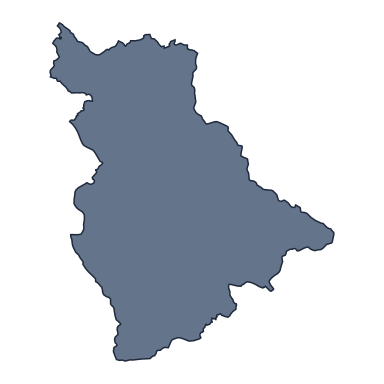 the district of Bao Thang, Lào Cai, Vietnam
{"feature_id": "81297802B25560916681091", "entity_name": "Bao Thang", "entity_type": "district", "adm_level": 2, "iso_a3": "VNM", "parent_name": "Vietnam", "parent_adm1": "Lào Cai", "projection": "orthographic", "projection_center": [104.134, 22.379], "detail": "fine", "context": "isolated", "style": "filled", "palette": "slate", "viewbox_px": 384, "rotation_deg": 0, "n_neighbors": 0, "source": "geoboundaries", "source_scale": "gbopen_adm2", "svg_char_len": 5809}
<svg xmlns="http://www.w3.org/2000/svg" viewBox="0 0 384 384"><path d="M197.6,53.3L194.2,50.7L191.6,49.9L189.6,49.9L188.6,49.1L187.7,49.1L187.4,48.0L187.4,45.1L184.2,45.0L180.4,43.2L176.5,45.0L175.8,45.0L174.5,44.4L174.2,44.2L174.2,43.8L174.5,42.3L175.1,41.4L175.0,39.8L170.6,41.6L170.4,42.7L169.3,43.8L169.2,44.9L169.7,45.8L169.4,46.2L164.3,48.2L164.0,46.0L161.3,46.7L159.0,44.4L157.5,41.9L154.1,38.8L151.7,38.6L151.2,38.2L149.9,34.5L149.2,34.5L145.3,34.7L143.7,35.9L143.8,37.2L143.4,38.2L140.4,39.8L135.4,40.8L130.6,40.7L130.2,42.3L126.9,44.2L125.7,46.0L124.9,45.9L123.8,44.0L122.6,42.9L118.5,40.9L117.6,42.9L115.6,46.1L115.1,46.4L111.4,47.7L109.4,49.1L108.8,50.0L107.4,49.4L106.5,49.6L103.9,51.8L99.8,54.6L97.8,55.0L95.2,54.5L94.5,54.2L93.7,53.4L93.3,53.4L90.5,51.7L89.9,51.1L87.5,46.7L84.3,44.7L83.6,43.6L82.3,42.6L77.4,41.3L76.5,39.5L74.1,36.3L73.8,35.0L72.8,33.7L70.6,32.7L70.2,31.2L69.5,30.3L64.0,26.4L62.6,24.8L59.9,23.0L59.1,23.1L58.6,24.7L57.7,25.2L57.4,25.9L59.6,27.9L60.5,29.3L61.1,31.5L61.0,32.7L58.7,34.8L59.5,35.5L59.7,37.3L61.3,37.5L61.3,38.3L60.4,39.0L57.9,38.0L56.5,38.1L53.8,41.2L52.8,43.5L54.7,45.0L56.2,46.8L57.0,49.5L56.8,52.1L59.3,57.0L58.9,57.8L57.7,58.7L56.6,59.9L53.9,60.9L53.6,63.3L54.2,65.3L54.1,66.2L51.1,69.4L50.2,70.9L50.1,72.4L51.0,75.0L50.4,76.9L54.6,78.4L55.8,78.2L56.4,78.4L57.4,81.1L58.7,81.3L59.9,81.2L62.3,83.9L65.8,87.1L67.6,89.5L68.1,90.9L69.7,91.5L71.6,93.0L78.3,92.7L79.4,93.0L81.7,92.6L83.9,92.8L85.9,93.8L86.2,94.9L88.6,94.3L90.0,94.6L91.3,96.1L92.1,97.6L92.4,101.2L88.5,100.6L87.0,100.8L84.8,101.7L83.7,104.9L83.8,106.8L83.0,107.9L83.2,108.4L84.1,109.0L83.8,110.2L82.7,110.7L81.2,110.8L79.8,112.3L77.4,113.8L77.8,115.5L76.4,115.9L76.0,117.6L74.5,119.8L73.8,120.2L71.1,120.1L69.9,121.1L69.6,121.7L72.6,124.2L75.5,128.1L77.9,132.5L80.7,139.9L82.7,144.1L84.2,145.6L86.1,146.8L93.1,150.2L95.2,152.9L99.9,161.0L100.5,161.6L102.5,162.5L102.7,163.1L101.6,164.6L99.6,165.9L98.9,166.7L97.9,168.9L97.1,169.5L95.7,169.8L95.8,170.5L96.6,171.7L96.5,172.8L92.3,177.3L92.6,179.0L93.6,179.5L94.2,180.3L94.4,181.7L94.0,182.6L93.0,183.5L91.9,184.0L90.0,184.3L86.8,182.7L85.3,183.8L78.5,187.6L76.1,189.8L75.4,191.1L75.0,192.1L74.7,195.8L74.2,198.5L74.0,203.3L74.8,205.2L76.6,207.7L78.6,209.5L82.3,211.8L84.1,214.3L84.3,215.0L84.4,219.7L83.6,224.2L83.9,228.0L83.6,229.6L82.3,232.2L80.9,234.2L78.1,234.7L70.7,234.6L70.8,236.8L71.8,239.6L72.5,245.1L73.3,247.3L75.8,252.4L78.6,254.9L79.9,257.5L82.8,261.4L83.2,262.5L82.9,263.8L83.0,264.5L85.7,268.6L88.2,271.6L95.0,278.2L95.5,279.2L95.7,281.7L97.5,282.6L101.8,287.4L102.6,290.9L102.6,292.2L103.7,294.7L106.2,296.5L108.8,297.4L110.5,298.8L110.6,303.7L111.1,304.8L113.3,307.1L113.8,307.9L115.1,315.7L116.2,319.6L120.8,323.8L120.7,324.2L118.0,326.3L117.3,327.6L117.1,329.6L117.8,332.4L117.9,334.6L115.3,337.0L114.5,339.2L115.3,342.9L116.9,344.4L116.9,345.5L113.9,347.6L113.4,351.2L113.6,352.2L116.4,359.5L118.8,360.2L119.7,360.4L122.2,360.0L124.6,360.9L125.6,361.0L129.7,359.9L132.6,360.0L141.7,359.0L150.0,358.6L152.9,356.0L154.2,355.9L154.7,355.6L156.0,353.6L156.7,351.2L157.4,350.5L160.5,350.2L162.3,348.5L164.5,347.4L168.3,347.7L171.1,341.3L172.1,339.9L172.9,339.4L177.3,337.8L179.4,337.7L182.9,338.7L189.1,341.1L193.7,340.7L199.3,338.9L200.7,338.0L200.8,337.3L200.0,336.3L200.0,334.1L201.1,332.4L202.4,332.3L203.5,331.2L203.2,330.2L203.4,328.7L204.8,327.2L205.8,324.4L206.2,324.3L206.6,325.1L207.3,325.1L209.7,324.2L211.0,322.4L212.1,322.2L212.1,321.3L211.4,320.3L211.9,319.3L212.0,318.2L213.2,318.8L214.5,318.5L215.5,319.5L215.9,319.5L216.0,317.7L217.1,316.8L216.6,315.7L216.8,315.0L217.4,314.7L218.3,314.9L220.0,313.7L220.5,313.9L221.9,315.5L223.3,315.5L224.2,316.3L227.9,317.2L229.7,315.9L230.8,313.9L232.8,311.5L235.8,309.4L236.0,308.8L235.8,307.7L236.4,305.7L236.5,304.2L236.1,303.7L234.8,303.5L234.3,303.0L233.3,301.2L232.8,299.5L231.5,297.8L229.9,295.1L229.9,291.5L228.6,287.8L228.6,285.8L229.0,284.4L230.6,284.4L237.9,286.1L241.1,286.2L242.2,284.7L243.3,284.5L246.0,282.3L247.7,281.8L251.8,282.7L255.5,284.4L259.0,286.5L262.8,288.0L263.1,287.9L263.7,287.0L264.5,287.3L264.9,286.7L265.6,286.3L269.2,290.2L270.3,291.0L271.2,291.2L273.4,289.6L273.6,288.8L270.6,285.0L269.2,282.1L269.2,281.1L270.4,279.3L272.2,277.4L275.2,275.0L277.6,273.6L279.3,271.8L280.3,269.8L280.6,267.8L282.6,261.5L281.9,257.7L282.4,256.2L285.1,255.3L286.0,253.5L286.4,251.6L286.9,251.0L290.6,249.0L292.0,249.3L294.6,248.5L295.7,248.9L297.1,250.8L297.8,250.9L298.6,250.5L299.1,250.7L304.1,248.1L307.5,247.0L308.0,247.0L310.7,249.2L314.3,250.6L316.0,250.4L318.3,249.7L319.9,249.8L321.3,249.4L323.1,248.1L326.7,244.4L331.3,243.1L332.2,242.2L333.9,234.1L333.8,233.3L333.7,232.5L331.6,230.3L330.8,228.9L329.1,228.6L326.9,227.4L323.0,223.4L321.2,223.2L315.5,220.5L311.1,217.5L306.8,213.3L304.4,212.5L301.3,212.2L300.7,211.6L300.4,208.2L300.1,207.6L296.0,205.1L295.5,205.0L295.2,206.5L294.6,207.4L292.9,207.4L290.9,206.5L288.1,202.8L284.7,200.3L283.8,200.2L281.2,201.4L279.2,200.9L278.3,200.0L277.1,195.7L276.5,194.4L272.9,190.9L271.6,190.3L264.5,189.6L263.0,189.1L260.7,187.2L257.4,185.3L256.7,184.2L256.3,182.9L254.9,181.7L253.5,181.0L250.0,180.5L249.2,179.3L248.6,173.2L247.0,169.8L247.1,168.2L248.4,164.1L247.8,161.3L247.6,159.3L247.1,158.7L244.0,157.5L240.8,155.7L241.1,153.1L242.2,147.4L242.1,146.3L241.3,145.8L238.2,145.3L237.5,144.7L237.1,143.0L234.7,139.9L231.6,134.8L228.0,130.8L228.0,129.7L228.3,127.9L228.0,127.0L227.1,126.2L220.4,123.0L218.3,122.1L216.4,121.6L214.5,121.8L208.1,123.8L206.7,123.9L205.8,123.6L204.4,121.4L202.7,119.3L201.4,116.0L197.9,114.2L196.0,112.5L194.3,109.7L193.7,107.7L195.8,102.1L195.0,95.5L194.5,93.4L194.8,89.8L194.1,87.4L191.6,85.0L191.5,83.5L193.1,75.6L192.8,74.4L192.9,73.0L193.6,71.7L196.1,69.2L196.4,68.4L196.6,66.6L195.6,63.8L195.6,60.1L196.1,57.5L197.6,53.3Z" fill="#64748b" stroke="#1e293b" stroke-width="1.5"/></svg>